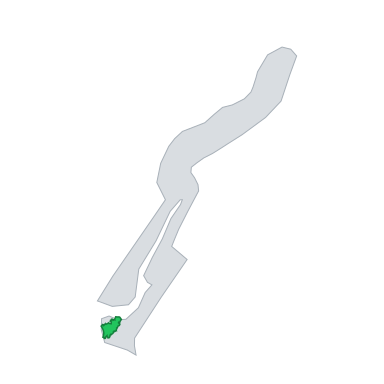 location of Kombo North, Banjul, Gambia, rotated 304°
{"feature_id": "56634734B65078205245432", "entity_name": "Kombo North", "entity_type": "district", "adm_level": 2, "iso_a3": "GMB", "parent_name": "Gambia", "parent_adm1": "Banjul", "projection": "orthographic", "projection_center": [-16.683, 13.381], "detail": "fine", "context": "in_parent", "style": "filled", "palette": "green", "viewbox_px": 384, "rotation_deg": 304, "n_neighbors": 0, "source": "geoboundaries", "source_scale": "gbopen_adm2", "svg_char_len": 4154}
<svg xmlns="http://www.w3.org/2000/svg" viewBox="0 0 384 384"><g transform="rotate(304 192 192)"><path d="M48.8,174.5L78.2,173.4L113.7,173.8L152.4,174.2L170.7,174.3L180.2,157.5L198.3,150.0L216.9,147.2L226.6,147.8L236.9,150.2L256.6,163.9L268.9,167.0L279.2,170.0L286.7,176.7L298.5,183.3L307.8,185.0L313.2,183.9L322.4,181.2L328.4,179.1L348.0,178.0L362.5,185.6L365.6,194.0L363.3,202.7L343.9,207.5L317.2,215.0L294.9,211.3L267.8,201.6L252.0,194.7L245.4,191.9L235.5,187.5L226.8,182.7L218.5,179.6L212.2,177.6L207.5,180.2L205.2,186.2L201.4,192.9L196.6,196.9L174.0,199.3L153.7,201.8L142.8,204.0L135.5,205.6L133.3,225.7L110.2,225.5L87.6,225.3L64.1,225.7L38.8,226.1L32.4,230.2L25.5,236.8L24.8,226.8L18.4,203.8L27.1,193.8L36.4,187.9L42.8,192.6L44.7,202.0L49.5,208.4L66.1,212.3L82.5,209.4L92.6,210.7L92.2,205.6L95.6,198.7L115.5,195.7L136.6,193.6L158.2,189.4L175.2,189.5L180.2,188.3L179.0,186.6L163.8,184.7L131.3,189.5L98.3,191.0L73.2,203.6L63.0,202.4L52.6,189.9L48.8,174.5Z" fill="#d9dde1" stroke="#a8b0b8" stroke-width="1"/><path d="M46.3,204.7L46.9,204.7L47.0,204.6L47.0,204.4L47.1,204.0L47.0,203.8L47.1,203.7L47.3,203.5L47.4,203.2L47.5,203.1L47.5,202.9L47.6,202.7L47.8,202.3L47.8,202.0L47.8,201.9L47.7,201.8L47.7,201.6L47.6,201.4L47.5,201.1L47.4,201.0L47.3,200.9L47.1,200.7L46.9,200.4L46.8,200.2L46.6,199.8L46.4,199.6L46.3,199.4L46.2,199.2L46.1,198.7L45.9,198.5L44.1,198.9L43.1,199.2L43.0,199.3L43.0,199.2L42.8,199.2L42.4,198.9L42.5,198.9L42.6,198.7L42.4,198.5L42.2,198.4L41.9,198.4L41.9,198.1L42.0,198.0L42.0,197.8L41.9,197.8L41.7,197.6L41.8,197.4L42.0,197.2L41.9,196.7L41.7,196.6L41.5,196.9L41.4,196.9L41.2,196.8L40.9,196.8L40.7,196.9L40.6,196.6L40.5,196.4L40.4,196.4L40.2,196.3L40.1,196.5L40.1,196.4L39.9,196.4L39.8,196.5L39.7,196.5L39.8,196.6L39.7,196.6L39.5,196.8L39.3,196.9L39.2,197.1L39.3,197.5L38.5,198.1L37.6,198.7L37.3,198.2L36.9,197.3L36.9,196.8L36.9,196.3L36.7,196.4L36.6,196.2L36.5,196.3L36.4,196.0L36.2,195.8L35.9,195.7L35.1,195.1L34.8,195.0L34.7,194.9L34.6,194.7L34.4,194.7L34.2,194.6L34.0,194.2L33.9,193.9L34.0,193.8L33.8,193.8L33.7,193.7L33.4,193.6L33.2,193.5L32.9,193.6L32.7,193.5L32.3,193.5L32.3,193.3L32.3,193.1L32.2,193.1L32.3,193.0L32.3,192.9L32.2,192.9L32.3,192.7L32.2,192.6L32.3,192.6L32.2,192.2L32.1,191.9L31.6,191.9L31.4,192.0L31.1,192.0L30.8,192.0L30.7,191.9L30.3,191.8L30.2,191.7L29.9,191.8L29.8,192.2L29.4,193.0L29.1,193.6L28.8,194.0L28.5,194.6L28.4,194.8L28.2,195.1L28.1,195.3L27.7,195.7L27.5,196.1L27.2,196.3L26.9,196.7L26.6,197.0L25.8,197.7L25.7,197.7L25.6,197.8L25.4,197.9L25.2,198.1L24.8,198.2L24.7,198.3L24.4,198.4L24.3,198.5L24.1,198.6L23.8,198.7L23.7,198.8L23.3,199.0L23.2,199.0L22.9,199.1L22.5,199.2L22.4,199.2L22.1,199.3L22.0,199.6L21.9,199.6L22.0,199.8L21.9,199.9L21.9,200.1L22.0,200.2L21.9,200.3L21.9,200.6L21.8,200.8L21.7,201.0L21.7,201.3L21.7,201.5L21.8,201.6L21.9,201.2L22.0,201.1L22.3,201.1L22.5,201.0L22.6,201.3L22.5,201.6L22.8,201.8L22.9,201.7L23.1,201.7L23.2,201.8L23.3,201.8L23.3,201.7L23.7,201.5L24.0,201.5L24.3,201.7L24.4,201.8L24.6,201.8L24.7,201.7L24.8,201.7L25.0,201.7L25.3,201.8L24.8,202.1L24.6,202.3L24.7,202.9L24.5,203.2L24.5,203.3L24.3,203.7L24.1,204.0L24.5,204.2L24.6,204.3L24.7,204.7L24.9,204.8L25.4,204.9L25.8,204.8L26.4,204.7L26.5,204.5L26.7,204.4L26.9,204.4L27.0,204.5L27.2,204.4L27.3,204.3L27.4,204.2L27.5,204.1L27.8,204.2L28.3,204.1L28.5,204.1L28.6,204.3L28.8,204.5L28.7,204.8L28.8,204.8L30.3,205.4L31.8,205.5L32.0,205.1L32.5,205.4L33.2,205.2L33.3,205.4L33.1,205.4L33.0,205.6L33.1,205.8L33.2,206.0L33.3,206.1L34.4,206.5L34.7,206.5L34.8,206.5L34.8,206.4L35.0,206.4L35.0,206.5L35.1,206.4L35.6,206.3L35.8,206.2L36.4,206.1L36.5,206.0L36.8,206.0L36.9,205.9L37.1,205.9L37.2,206.0L37.5,206.0L37.5,205.9L37.5,205.7L37.8,205.8L38.0,205.8L38.3,205.8L38.5,205.8L38.8,205.8L39.0,205.8L39.6,205.6L40.3,206.1L40.5,206.3L40.9,206.4L41.2,206.2L41.3,206.2L41.6,206.1L41.8,206.0L41.9,205.9L41.9,206.0L42.0,206.1L42.2,205.9L42.3,205.8L42.3,205.7L42.4,205.3L42.3,205.2L42.3,204.8L42.4,204.5L42.5,204.5L42.5,204.4L42.5,204.2L43.3,204.1L43.4,204.4L43.1,205.1L43.3,205.0L43.5,205.0L43.6,204.9L43.8,204.9L44.0,204.9L44.3,204.8L44.6,204.7L46.3,204.7L46.3,204.7Z" fill="#22c55e" stroke="#15803d" stroke-width="1.5"/></g></svg>